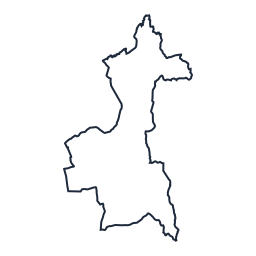 the district of Manica, Manica, Mozambique
{"feature_id": "85939544B32725727804377", "entity_name": "Manica", "entity_type": "district", "adm_level": 2, "iso_a3": "MOZ", "parent_name": "Mozambique", "parent_adm1": "Manica", "projection": "natural_earth1", "projection_center": [33.017, -18.781], "detail": "fine", "context": "isolated", "style": "outline", "palette": "slate", "viewbox_px": 256, "rotation_deg": 0, "n_neighbors": 0, "source": "geoboundaries", "source_scale": "gbopen_adm2", "svg_char_len": 5816}
<svg xmlns="http://www.w3.org/2000/svg" viewBox="0 0 256 256"><path d="M145.1,16.4L144.6,17.0L144.4,18.0L143.9,18.5L144.3,19.3L143.9,20.4L143.5,20.8L143.0,20.9L143.3,22.6L142.9,22.9L142.7,23.5L143.0,24.9L142.8,25.1L141.8,25.3L141.5,25.9L141.1,25.2L140.9,23.8L140.7,23.8L140.0,24.1L139.0,25.0L137.8,26.7L137.5,27.7L137.0,28.0L136.9,29.2L136.6,29.4L136.5,30.8L136.1,32.3L134.4,35.5L134.2,36.8L134.8,37.8L136.1,38.9L136.5,39.7L136.7,41.0L136.3,45.6L135.8,47.1L135.2,47.9L130.1,51.6L129.9,52.0L127.6,53.3L126.5,53.7L126.4,52.9L126.1,52.3L126.0,51.3L125.4,50.7L125.5,49.9L125.9,49.5L126.0,48.7L125.7,48.6L125.0,49.3L124.2,49.1L124.1,49.5L122.4,50.4L121.7,51.5L119.9,52.4L119.4,53.0L119.4,53.7L119.3,54.0L118.5,54.0L117.1,54.7L116.9,54.6L116.8,54.1L116.6,54.2L116.2,55.5L114.7,55.4L114.8,55.9L114.1,55.7L114.0,55.8L114.3,56.2L114.0,56.6L113.5,56.7L112.9,56.2L112.7,56.2L112.1,57.1L111.9,56.9L111.8,56.1L111.7,55.9L110.9,55.4L110.6,55.4L109.7,56.6L108.5,56.8L107.8,58.0L107.8,58.6L107.4,59.0L107.1,58.6L106.7,58.6L102.9,60.6L103.2,61.4L105.2,63.1L106.2,64.8L108.4,67.0L108.8,67.7L106.5,75.5L107.2,76.5L108.8,77.8L110.7,78.6L110.5,81.3L111.2,85.9L121.6,104.1L121.8,106.6L121.6,108.3L121.2,109.2L120.6,109.7L119.3,114.9L118.7,118.0L117.7,121.0L117.0,122.3L116.7,124.5L116.1,125.3L113.9,127.5L112.9,129.0L111.3,129.9L110.8,130.8L110.0,131.6L105.0,132.9L104.5,132.9L103.9,132.6L100.0,129.8L98.1,128.1L96.7,127.3L95.8,127.1L89.7,127.8L88.9,128.5L87.1,129.7L85.2,131.8L82.0,132.4L80.8,132.8L79.5,134.3L79.0,135.2L78.3,135.9L77.5,136.2L76.4,136.2L75.9,135.7L75.0,135.6L74.6,135.7L73.9,136.5L72.5,137.3L71.3,138.6L69.9,139.0L67.7,140.6L65.3,142.8L65.0,143.3L67.0,147.3L67.8,147.2L68.1,147.6L67.9,148.1L67.9,148.6L71.0,156.0L71.2,157.1L70.3,157.5L70.6,160.6L70.9,161.9L71.5,163.2L72.9,165.0L73.8,166.0L73.9,166.3L73.7,166.6L71.0,167.1L67.8,168.3L64.9,168.7L64.1,169.0L66.1,176.2L67.4,186.4L68.3,191.2L80.6,191.5L81.0,191.0L81.7,189.7L82.1,189.3L83.9,189.0L87.6,189.4L94.0,187.4L95.7,187.2L96.0,187.4L96.5,189.7L96.7,193.4L97.3,197.2L97.3,200.8L100.2,204.5L102.0,203.8L102.8,203.7L103.1,204.0L103.4,205.2L103.2,206.5L104.9,211.3L104.6,212.3L103.7,214.1L102.9,217.3L101.5,221.2L101.2,222.8L100.7,229.8L102.4,229.5L104.3,230.0L104.9,229.9L105.6,229.4L106.8,227.2L107.7,226.7L109.8,226.1L111.3,226.1L114.7,225.1L116.2,225.0L122.0,225.3L124.6,225.1L128.0,225.2L130.1,224.7L132.8,223.2L137.0,222.7L141.6,219.4L143.3,217.0L146.1,215.5L146.8,214.9L147.8,213.5L148.3,213.4L149.5,213.9L151.0,215.1L153.2,217.3L154.5,219.0L155.4,219.7L156.5,220.2L158.7,220.1L159.0,220.3L159.8,221.6L160.1,222.4L160.2,223.4L160.9,225.1L161.5,225.5L163.1,225.3L163.7,226.4L163.6,226.9L163.9,227.7L163.6,229.6L163.6,231.3L163.3,232.5L164.6,233.4L165.2,235.0L165.9,235.3L166.2,235.1L167.1,234.0L168.2,233.6L168.5,233.7L169.7,235.3L170.4,235.9L172.2,236.7L172.6,237.2L173.0,238.6L173.4,239.3L175.7,240.2L175.9,240.6L176.4,240.3L175.9,239.0L176.1,237.8L176.1,236.6L176.6,235.8L176.9,233.8L177.6,232.9L177.5,231.9L178.3,230.7L178.4,229.7L177.8,229.3L177.6,228.8L175.5,227.0L174.6,225.0L174.5,224.3L174.9,223.6L174.8,222.4L175.0,221.3L174.8,219.8L175.5,218.5L175.3,217.9L175.2,216.1L174.9,215.7L174.9,214.5L174.1,213.3L174.0,211.9L173.8,211.2L173.8,209.7L173.4,209.0L173.2,207.6L172.9,206.9L173.0,205.9L172.3,204.7L171.2,204.3L170.7,203.8L169.7,202.1L169.3,199.8L169.3,197.4L168.7,196.4L168.6,195.9L168.0,195.4L167.8,194.9L167.9,193.9L167.8,192.9L168.2,190.9L168.7,189.3L169.6,187.4L170.3,185.3L170.0,185.2L170.3,183.0L170.2,181.3L169.7,180.2L169.0,179.6L163.3,170.8L163.4,163.3L161.6,163.0L160.5,162.1L160.0,161.9L158.2,162.7L157.6,162.7L155.4,161.3L154.6,161.5L152.4,162.9L151.7,163.0L150.9,162.5L150.0,162.7L150.7,161.0L150.3,160.3L150.4,159.6L149.7,158.4L150.0,157.6L150.3,157.0L149.6,155.6L149.7,155.3L149.5,152.1L148.8,148.3L147.3,146.2L147.0,144.4L146.4,143.7L146.1,143.0L146.3,141.4L146.0,140.3L146.1,139.5L145.8,138.9L146.1,137.5L146.2,135.8L146.0,134.7L145.7,134.5L145.5,133.9L145.5,132.4L145.7,131.4L149.0,131.3L151.7,130.2L154.1,127.9L154.6,127.1L154.9,126.3L154.9,125.7L154.5,124.6L153.1,122.2L152.9,120.2L152.8,114.3L152.4,113.3L151.3,112.1L151.1,110.8L151.8,108.9L152.6,105.8L153.5,102.9L153.3,101.8L152.4,101.3L152.2,100.2L152.5,98.2L152.7,91.1L153.0,89.7L154.3,87.8L155.2,85.8L154.9,83.3L155.2,81.5L155.9,81.6L156.7,80.4L157.5,80.0L158.8,78.8L159.8,77.1L160.8,76.1L161.9,75.6L162.3,75.8L163.0,77.2L163.4,78.9L164.2,79.9L164.8,79.9L165.4,80.3L166.0,80.3L166.7,79.7L167.7,79.5L169.9,80.0L170.8,80.4L171.0,80.4L171.1,79.7L171.3,79.5L172.6,78.7L174.2,78.5L176.6,80.1L176.8,79.4L177.3,78.8L178.6,78.7L179.5,78.2L180.4,78.4L181.8,78.3L183.6,78.4L185.0,78.2L186.0,77.7L186.8,78.2L188.1,79.3L189.2,79.7L190.3,78.9L191.2,77.9L191.2,76.6L191.9,75.5L191.9,74.9L191.3,73.4L190.2,72.4L190.6,71.3L190.6,68.9L189.2,69.4L188.9,69.2L188.5,68.4L188.1,67.0L188.1,65.4L188.4,64.1L188.1,63.5L187.6,63.0L186.9,62.8L186.3,61.8L185.0,61.5L184.5,61.1L183.1,60.9L182.2,60.2L181.3,59.1L180.3,58.7L180.0,57.9L180.0,57.0L181.0,55.4L181.1,54.6L180.3,54.6L175.0,55.4L172.9,56.3L171.8,56.6L170.7,57.2L169.0,57.1L167.5,58.0L166.8,58.1L166.5,58.0L166.0,56.8L164.8,55.9L164.6,54.7L163.8,54.1L162.7,52.7L162.3,51.0L160.8,49.6L160.2,48.2L160.3,46.9L160.6,45.7L160.3,44.0L160.7,43.3L160.9,42.5L161.8,40.7L161.7,39.4L161.1,38.5L160.9,36.8L160.2,35.2L160.9,34.5L161.0,34.2L160.5,33.9L160.1,34.1L159.2,34.1L159.0,33.7L159.0,32.9L158.9,32.6L157.4,32.7L157.2,32.9L157.1,33.7L156.9,33.9L156.4,34.0L155.3,32.8L154.0,32.0L153.1,31.9L152.9,31.4L153.2,30.9L153.2,30.3L153.4,30.0L153.7,29.2L153.5,28.0L153.0,27.4L153.1,26.6L152.4,26.4L150.6,26.8L150.2,25.9L150.1,21.1L149.9,20.5L150.2,20.1L149.9,19.7L149.2,19.5L148.9,19.2L149.4,18.1L149.4,17.5L149.6,17.0L149.4,16.1L149.0,15.7L149.0,15.4L147.3,15.8L146.6,15.4L145.9,15.5L145.6,16.2L145.1,16.4Z" fill="none" stroke="#1e293b" stroke-width="2"/></svg>